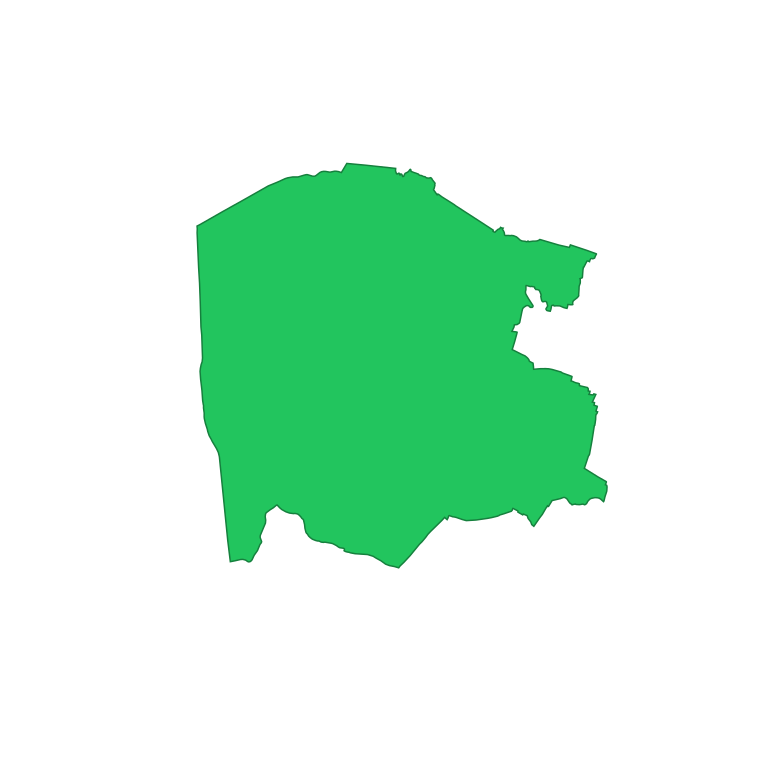 outline of Cau Ngang, Trà Vinh, Vietnam, rotated 219°
{"feature_id": "81297802B90196015208533", "entity_name": "Cau Ngang", "entity_type": "district", "adm_level": 2, "iso_a3": "VNM", "parent_name": "Vietnam", "parent_adm1": "Trà Vinh", "projection": "mercator", "projection_center": [106.416, 9.786], "detail": "fine", "context": "isolated", "style": "filled", "palette": "green", "viewbox_px": 768, "rotation_deg": 219, "n_neighbors": 0, "source": "geoboundaries", "source_scale": "gbopen_adm2", "svg_char_len": 6159}
<svg xmlns="http://www.w3.org/2000/svg" viewBox="0 0 768 768"><g transform="rotate(219 384 384)"><path d="M628.7,389.1L626.8,387.1L624.4,383.9L601.5,358.0L590.9,346.4L579.1,332.9L562.1,313.1L556.3,307.2L541.4,290.0L539.3,286.8L538.4,284.2L536.6,280.7L534.9,278.1L529.6,272.4L521.5,264.5L514.5,257.0L511.5,254.3L510.6,253.6L509.2,251.8L505.5,248.3L503.1,245.3L501.8,244.0L498.0,241.0L492.8,237.6L491.1,236.2L487.3,233.8L483.5,232.3L481.4,231.3L473.5,228.4L469.6,226.5L466.2,223.9L407.1,164.2L391.6,149.2L388.5,152.9L385.0,157.4L383.3,158.9L380.6,160.1L378.3,160.2L377.2,160.6L376.3,161.6L375.9,163.0L375.9,164.4L377.1,169.1L377.5,174.9L379.4,181.3L379.4,183.1L379.6,183.9L380.0,184.6L383.1,186.4L384.0,187.1L384.9,188.6L388.6,201.3L390.3,203.8L392.8,206.1L394.0,208.0L394.5,209.1L394.4,210.3L393.3,214.7L392.1,218.2L391.5,221.3L391.3,222.2L390.8,222.7L387.3,222.2L384.6,222.1L379.9,222.9L376.3,224.2L372.8,226.3L371.7,227.4L369.4,228.6L367.3,228.7L365.0,228.4L363.3,227.9L361.5,227.9L360.9,227.6L357.3,224.8L354.6,222.1L351.7,219.9L351.0,219.5L350.0,219.2L349.5,219.3L346.9,218.4L344.6,218.2L342.1,218.3L338.8,219.3L336.8,220.2L336.3,220.7L334.8,221.3L333.6,221.5L333.0,221.8L331.4,222.8L330.4,223.9L324.7,227.1L323.3,227.7L319.4,228.5L317.2,228.6L315.8,228.8L315.2,229.0L312.0,230.9L311.3,231.0L310.8,230.8L310.1,229.3L308.7,229.5L307.0,230.2L305.3,231.2L303.8,231.7L299.7,233.9L289.5,241.1L284.0,243.3L280.6,243.7L275.1,244.7L269.4,245.0L265.5,246.3L261.0,248.7L256.9,250.4L257.0,252.6L256.3,258.1L255.7,267.1L255.6,281.8L255.2,285.3L255.1,291.1L255.3,294.7L255.0,298.7L253.2,314.1L252.9,318.5L252.1,318.4L249.6,318.3L249.9,320.0L250.7,322.3L250.5,322.8L246.9,324.1L245.9,324.8L243.8,325.8L238.0,327.9L234.1,329.6L226.8,336.3L219.1,344.6L216.3,347.9L212.7,352.6L211.8,354.2L211.7,354.9L209.1,358.7L205.0,365.2L204.9,366.5L205.5,368.0L205.5,368.5L200.3,369.6L199.9,369.5L199.3,368.7L193.8,369.6L193.9,370.6L189.9,371.8L187.4,370.2L183.2,369.2L180.7,367.7L178.0,367.7L178.8,378.1L178.9,382.3L180.0,389.3L180.3,392.3L179.6,392.4L179.4,392.1L179.1,392.4L180.0,399.2L174.9,405.8L173.1,408.8L172.2,409.5L170.8,409.8L169.2,409.8L166.1,408.8L164.3,408.4L162.3,408.6L161.8,408.4L160.8,409.9L159.7,411.2L159.4,411.1L158.9,411.3L156.2,413.2L153.8,415.9L152.3,416.3L151.9,416.6L151.3,418.4L151.8,421.1L151.6,424.0L150.9,425.6L148.6,428.4L146.7,429.8L144.9,430.7L143.0,430.9L139.7,430.7L139.3,430.7L139.3,430.9L139.7,432.1L141.3,435.4L143.3,440.6L143.9,441.6L145.9,444.4L147.1,445.4L147.9,445.3L148.5,445.0L149.5,447.8L149.9,448.0L159.6,446.4L175.2,444.5L179.6,456.1L179.8,456.7L179.8,457.6L180.1,458.8L186.9,471.2L193.6,482.7L194.4,484.1L194.2,484.5L195.2,486.3L197.2,489.6L199.3,492.4L200.1,494.0L199.9,494.6L200.0,495.3L200.5,496.8L201.8,496.3L202.2,496.3L203.7,500.0L204.2,500.9L207.4,499.7L208.7,502.0L210.7,501.1L212.8,509.2L214.7,508.4L214.7,507.0L218.2,504.9L218.5,506.3L219.3,508.0L220.9,507.1L222.2,508.8L223.6,509.3L231.1,505.7L232.3,507.1L232.8,507.0L233.7,506.7L235.6,505.7L237.1,505.2L239.2,504.7L240.6,504.1L242.4,507.9L242.6,508.1L242.9,508.1L252.4,504.8L253.6,504.8L254.3,504.6L262.5,501.1L265.5,499.5L268.0,497.7L271.9,494.5L277.0,489.6L278.7,491.5L281.3,494.0L284.4,493.3L285.6,493.3L286.8,494.1L288.6,494.5L289.8,494.6L292.2,494.6L295.1,493.8L306.0,491.4L309.1,499.1L312.3,506.4L313.1,508.0L314.0,507.7L317.7,505.4L318.8,510.0L319.9,512.0L318.0,513.9L317.2,516.2L317.3,517.3L322.4,527.1L323.7,529.9L323.6,531.1L323.4,532.3L322.7,534.3L322.3,534.9L320.8,535.9L319.7,535.6L318.4,535.7L317.1,536.8L316.9,537.6L317.1,538.2L317.6,538.7L325.0,541.1L330.0,543.0L331.1,543.6L332.2,544.8L333.0,546.5L335.4,549.5L335.5,550.0L334.2,550.7L331.7,551.7L330.6,552.8L328.2,554.0L327.9,554.0L327.1,553.3L325.3,553.0L324.6,553.7L322.7,554.5L321.2,554.0L318.2,552.3L317.6,551.6L317.4,550.9L315.2,549.0L313.8,548.0L313.0,547.8L312.4,547.8L312.1,548.0L311.1,549.3L310.6,549.7L310.0,550.0L309.0,549.9L306.0,547.7L305.8,547.1L305.5,544.5L305.1,544.0L303.8,543.6L302.5,544.1L300.6,545.2L301.3,547.1L302.7,549.7L303.0,550.5L302.2,551.8L301.7,551.9L300.9,551.7L299.1,553.4L296.4,555.4L292.1,556.6L289.4,557.9L289.8,559.1L291.1,561.5L288.6,563.2L287.5,564.2L287.3,564.6L288.3,565.6L289.1,567.0L289.1,568.4L288.1,572.8L288.1,574.8L288.4,575.4L289.0,576.0L292.0,580.3L293.6,582.4L294.0,583.1L295.0,585.9L295.7,586.9L297.3,588.8L298.0,589.1L296.8,591.4L297.1,592.0L301.2,597.9L302.4,600.1L302.2,600.2L302.3,601.0L303.6,607.2L303.4,607.5L302.7,608.0L301.3,608.4L301.8,609.5L302.2,611.6L301.5,612.3L300.5,612.7L299.6,614.4L300.2,616.2L300.7,618.7L300.9,618.8L310.2,615.6L326.7,609.4L325.9,606.8L335.6,602.0L353.6,594.5L353.9,594.3L354.2,593.0L355.2,591.4L356.5,590.1L358.0,588.9L360.9,585.8L361.3,585.6L361.9,585.8L362.1,585.7L362.4,584.5L362.8,584.2L364.0,583.8L366.1,582.4L367.1,581.9L368.9,581.5L371.6,581.7L373.6,581.7L376.6,580.8L378.4,579.7L379.4,578.6L380.6,577.9L383.2,575.7L383.7,575.6L384.1,575.7L385.4,577.0L386.1,577.5L387.8,578.3L389.2,578.7L389.5,580.1L390.6,579.4L392.0,579.1L391.8,577.5L392.7,576.0L393.2,573.3L393.3,571.7L393.7,571.5L395.5,571.2L395.7,571.4L395.8,572.1L395.9,572.3L397.1,572.2L440.6,567.6L442.2,567.6L456.6,565.9L461.0,565.7L461.7,565.5L461.6,564.6L461.9,564.4L464.0,565.1L467.7,566.1L467.9,566.4L468.0,567.3L469.5,570.5L470.1,570.9L470.5,571.9L470.8,572.2L475.1,573.2L476.1,573.7L477.2,573.8L477.6,573.7L478.7,572.2L480.3,571.2L480.8,570.9L482.6,570.9L483.9,570.1L486.1,569.6L487.7,568.6L488.6,568.6L489.3,568.8L491.7,568.0L493.8,567.2L496.6,566.3L496.9,566.3L497.5,567.0L498.1,567.4L498.6,567.4L498.8,567.0L498.7,564.7L499.0,563.4L500.1,561.1L500.0,559.9L499.4,557.7L500.0,557.0L500.4,557.1L501.6,557.9L502.3,558.1L503.1,557.9L503.1,556.5L503.4,556.5L504.7,557.2L505.0,557.3L505.3,557.0L505.9,555.5L506.3,555.3L506.7,555.3L509.2,556.9L510.6,558.9L536.1,542.4L551.7,532.0L550.2,521.5L553.1,520.4L555.3,519.1L556.4,518.2L559.3,514.6L563.1,512.5L564.7,511.3L566.1,509.7L566.9,508.1L568.0,503.3L568.6,501.9L570.2,500.6L574.8,498.7L575.6,498.3L576.2,497.7L577.4,496.2L581.1,490.8L585.3,487.4L588.6,483.6L590.0,481.5L594.0,473.5L598.6,465.1L607.7,441.9L617.9,416.4L627.6,391.5L628.7,389.1Z" fill="#22c55e" stroke="#15803d" stroke-width="1.5"/></g></svg>